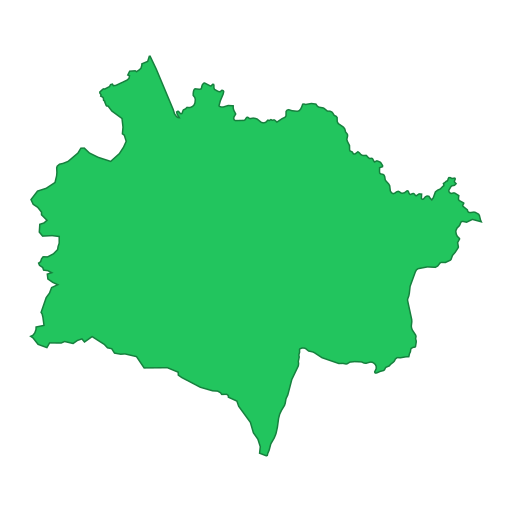 an SVG outline of East Kazakhstan
{"feature_id": "KAZ-3206", "entity_name": "East Kazakhstan", "entity_type": "Region", "adm_level": 1, "iso_a3": "KAZ", "parent_name": "Kazakhstan", "parent_adm1": "", "projection": "albers", "projection_center": [82.81, 48.617], "detail": "fine", "context": "isolated", "style": "filled", "palette": "green", "viewbox_px": 512, "rotation_deg": 0, "n_neighbors": 0, "source": "natural_earth", "source_scale": "10m", "svg_char_len": 6002}
<svg xmlns="http://www.w3.org/2000/svg" viewBox="0 0 512 512"><path d="M481.3,221.8L472.4,219.4L466.6,222.2L462.8,221.4L461.6,221.6L460.8,222.4L459.9,224.7L459.3,225.8L457.0,228.1L455.9,230.6L455.8,231.7L456.3,234.3L457.4,236.5L458.8,237.7L459.6,238.9L457.6,242.6L458.4,247.0L458.1,247.8L455.1,252.4L452.5,255.4L451.0,259.5L450.3,260.2L445.4,262.5L441.3,262.4L440.1,262.9L437.7,266.0L435.4,267.3L427.4,266.9L418.0,268.7L416.4,269.9L415.3,272.0L410.1,286.3L409.3,293.4L408.8,295.9L407.6,299.1L407.6,300.6L411.7,319.6L411.8,321.8L411.3,326.1L411.6,328.1L412.3,330.0L415.6,335.0L416.0,336.3L415.6,338.8L416.2,341.0L416.2,342.1L415.5,346.5L415.0,347.1L413.0,347.4L411.1,348.5L410.7,349.6L410.4,351.8L409.5,353.6L408.8,356.7L405.9,356.8L400.3,357.8L397.7,357.6L396.9,357.8L395.4,359.0L394.4,361.0L393.5,362.0L390.5,364.4L389.3,365.9L386.1,367.2L385.4,367.9L384.5,369.8L383.6,370.5L380.2,371.4L377.0,372.8L375.8,373.1L374.9,372.7L374.7,371.8L376.2,368.7L376.2,366.4L375.3,364.5L373.8,363.1L372.2,362.2L370.1,362.1L366.0,363.3L363.9,363.0L361.5,361.9L354.7,361.6L349.9,362.1L347.1,363.8L346.1,364.0L343.0,363.4L338.8,363.5L322.0,357.7L314.4,352.7L312.7,351.9L308.6,351.0L305.5,348.5L304.4,348.1L302.0,348.0L299.8,348.9L299.5,349.6L299.6,352.2L298.8,355.0L299.2,357.0L298.3,361.4L298.6,363.7L298.3,365.9L291.8,379.5L287.8,394.9L286.0,398.7L285.2,403.3L284.5,405.4L281.5,410.3L279.7,414.1L278.6,418.3L277.4,427.2L276.1,433.1L275.5,434.9L274.2,438.0L270.8,443.9L269.1,450.3L267.7,453.6L267.3,455.4L266.3,455.8L259.6,453.2L260.3,446.7L257.9,439.2L253.4,432.8L250.4,422.4L238.7,406.3L236.9,401.1L228.4,397.2L228.3,395.5L226.7,394.3L221.7,394.4L220.5,392.7L217.6,391.1L212.6,390.8L200.4,387.3L181.7,377.5L178.3,375.1L178.2,372.2L167.4,367.7L144.1,367.9L136.5,356.6L125.0,353.9L120.7,354.2L114.5,353.1L111.7,348.7L107.5,347.8L104.3,344.4L92.1,336.6L84.5,342.0L81.9,338.9L77.5,340.4L73.1,343.5L64.6,341.5L61.2,343.0L49.6,342.9L46.9,347.6L38.1,344.4L33.0,337.9L30.7,336.3L32.8,335.4L34.8,332.9L36.0,329.5L36.1,327.0L44.0,325.4L42.9,317.2L42.1,313.9L41.1,312.4L46.2,297.6L49.5,293.1L51.6,287.6L57.8,284.7L52.8,282.4L47.9,279.0L47.3,274.1L51.7,272.7L47.9,270.7L43.6,270.1L42.7,267.5L39.5,265.3L38.6,263.1L40.6,261.7L41.5,258.9L43.1,256.8L47.6,256.9L53.5,253.8L57.6,249.6L58.1,246.5L59.2,243.2L59.2,236.5L52.1,235.6L42.6,236.1L39.3,232.1L39.8,224.3L43.9,223.0L47.0,220.3L41.5,214.8L41.5,212.1L37.7,207.3L33.2,204.3L31.0,199.6L37.5,191.1L46.2,188.3L55.0,182.5L56.6,175.9L56.9,172.6L56.7,167.8L57.2,166.2L59.5,164.2L63.1,163.4L68.1,161.4L77.9,153.1L80.9,148.2L84.3,148.1L89.4,153.0L98.1,157.3L110.7,161.4L119.4,153.6L123.6,147.1L126.2,141.3L124.3,135.2L122.4,133.8L123.0,127.2L122.0,118.5L111.8,111.0L108.1,106.1L106.7,106.0L106.2,105.5L104.8,102.1L104.8,101.2L103.6,100.4L103.3,97.9L102.6,97.1L100.7,96.1L101.1,94.8L99.9,93.1L99.8,92.0L100.7,91.3L101.1,90.7L103.3,88.9L104.8,89.0L109.5,86.6L110.6,84.6L112.4,84.1L113.4,85.7L115.9,85.4L126.9,80.2L129.0,78.4L129.5,75.7L127.8,75.0L129.7,71.2L135.2,70.8L136.5,71.7L138.8,70.2L140.9,68.4L141.8,65.4L141.9,63.8L147.7,61.4L149.3,56.3L150.1,56.2L156.2,69.0L173.1,109.3L174.5,113.8L176.6,116.7L178.0,117.6L179.3,117.7L177.1,114.0L176.6,112.0L178.0,111.2L178.7,111.6L180.1,113.3L180.8,113.7L181.7,113.6L182.2,113.0L182.9,110.9L183.4,109.9L185.6,108.8L187.0,107.4L189.2,107.6L190.8,107.3L192.6,106.4L194.1,104.9L195.0,102.7L195.3,99.4L194.8,97.5L193.2,95.4L193.2,93.4L193.5,91.3L193.9,90.1L194.4,89.3L195.1,88.8L199.5,89.3L201.1,88.9L201.7,87.3L201.8,86.3L202.5,84.5L203.9,83.1L204.6,83.0L210.0,85.8L211.0,86.0L212.7,84.3L213.6,84.4L213.9,85.3L213.9,87.6L214.2,88.8L214.7,89.5L218.1,91.4L220.1,91.8L221.8,90.3L222.6,90.4L223.4,90.9L223.7,91.7L223.1,94.2L220.3,100.9L219.0,105.7L219.3,106.3L221.1,107.0L223.3,107.0L228.2,105.5L233.2,105.8L233.2,108.1L233.8,110.3L235.7,114.0L234.0,116.9L233.7,118.5L234.2,119.9L235.4,120.6L244.1,120.4L245.1,119.8L246.3,117.9L247.0,117.3L247.8,117.3L249.3,118.4L250.2,118.6L253.2,118.1L255.2,118.4L257.1,119.0L261.3,122.4L263.4,122.9L265.6,122.4L267.9,120.1L269.2,120.6L270.9,119.6L272.3,120.3L274.1,119.9L275.0,120.4L276.9,122.1L282.2,118.6L285.0,117.3L286.0,115.9L286.1,111.4L287.2,110.1L288.7,109.7L291.9,110.7L297.3,111.3L299.2,110.7L300.7,109.0L301.8,106.7L302.7,104.2L303.9,104.0L305.6,104.5L311.4,103.5L315.9,104.1L317.1,105.9L318.6,107.1L323.1,107.9L324.1,108.4L327.4,111.1L330.0,111.2L331.8,112.0L332.5,112.7L334.3,115.5L336.0,116.2L337.1,117.5L337.2,121.6L338.3,123.6L343.5,127.2L344.8,129.0L345.6,132.1L347.0,133.7L347.5,134.7L347.6,135.9L346.8,139.4L347.4,141.4L349.5,145.5L349.6,149.8L350.0,150.9L352.3,152.0L353.4,153.9L355.0,154.0L357.9,151.8L359.4,152.9L360.6,154.3L361.9,155.2L363.3,155.5L366.3,155.4L368.3,157.6L369.6,158.5L371.8,158.3L372.5,158.7L374.1,161.6L374.6,162.0L376.6,160.9L377.5,161.0L380.3,162.2L380.8,162.7L382.6,165.6L382.5,166.7L379.6,167.7L379.5,171.4L379.7,173.1L380.6,173.9L383.0,174.4L384.0,175.1L384.7,176.6L385.2,179.8L385.9,180.9L388.7,184.0L389.7,185.8L390.3,190.9L391.5,192.8L393.2,193.7L394.9,193.1L396.5,191.9L398.2,191.3L399.2,191.7L401.1,193.0L402.1,193.3L404.4,192.8L407.1,190.8L407.9,190.9L408.4,191.6L409.1,193.4L409.7,194.2L410.4,194.5L412.6,193.6L413.5,193.5L414.2,193.9L415.5,195.5L416.2,195.8L419.1,193.9L421.6,194.1L421.4,198.4L422.1,199.1L422.8,199.3L423.5,199.0L425.4,196.8L427.1,196.0L428.9,196.3L430.0,198.0L431.8,199.9L433.3,197.7L435.4,191.9L437.7,190.1L440.3,189.0L442.9,186.3L443.7,185.9L443.9,184.9L443.4,183.5L445.3,182.2L446.4,181.1L447.2,181.1L447.9,179.9L448.3,178.5L448.9,177.6L450.2,177.6L452.0,178.5L454.7,178.1L455.1,178.4L455.2,179.1L454.4,181.2L454.5,182.0L456.1,183.7L454.5,185.3L451.7,185.9L450.9,186.7L448.9,190.1L448.8,191.1L449.1,191.9L450.0,192.9L451.0,193.5L453.8,192.9L454.8,193.1L458.8,195.6L458.5,198.0L458.5,199.4L459.2,200.5L463.7,203.0L463.7,203.7L463.1,204.4L462.7,205.6L463.1,206.4L467.4,209.9L467.7,211.3L468.6,212.3L470.3,212.6L473.8,212.1L475.1,212.3L478.6,214.2L479.4,215.5L480.5,220.0L481.3,221.8Z" fill="#22c55e" stroke="#15803d" stroke-width="1.5"/></svg>